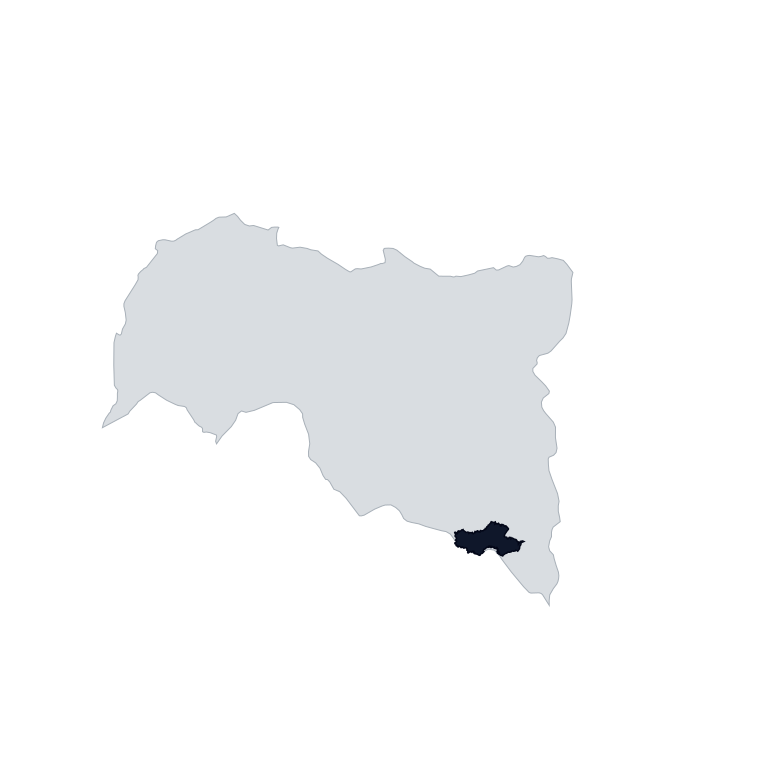 location of Zémio, Haut-Mbomou, Central African Republic, rotated 38°
{"feature_id": "33826404B4042011562142", "entity_name": "Zémio", "entity_type": "district", "adm_level": 2, "iso_a3": "CAF", "parent_name": "Central African Republic", "parent_adm1": "Haut-Mbomou", "projection": "natural_earth1", "projection_center": [25.196, 5.379], "detail": "fine", "context": "in_parent", "style": "filled", "palette": "ink", "viewbox_px": 768, "rotation_deg": 38, "n_neighbors": 0, "source": "geoboundaries", "source_scale": "gbopen_adm2", "svg_char_len": 9280}
<svg xmlns="http://www.w3.org/2000/svg" viewBox="0 0 768 768"><g transform="rotate(38 384 384)"><path d="M512.7,286.0L518.7,287.8L519.8,290.0L518.1,297.0L519.2,301.4L522.6,305.1L526.1,306.7L529.4,307.6L540.9,309.8L545.7,312.4L552.0,320.6L559.9,328.1L561.8,332.1L561.5,335.7L559.1,340.1L559.5,341.9L563.1,346.2L567.3,350.7L575.0,355.7L588.2,363.5L594.2,368.7L596.3,372.7L599.7,377.0L604.4,380.9L607.6,384.0L605.4,392.6L606.1,395.4L607.3,397.8L610.0,401.2L611.1,405.5L613.9,410.9L617.2,413.4L622.6,414.3L625.5,416.8L631.5,421.1L637.3,424.9L639.8,427.4L641.3,429.7L642.6,432.4L643.3,435.1L643.4,440.9L644.4,448.1L647.5,453.0L650.5,456.7L638.6,452.4L636.8,452.3L634.7,453.1L628.5,458.3L626.6,458.9L618.8,457.8L599.9,453.7L585.4,449.8L581.0,448.3L573.3,447.0L568.1,449.7L563.3,458.9L561.9,460.7L554.4,463.4L550.8,462.7L542.0,465.2L528.6,461.4L523.7,462.1L519.9,464.1L510.2,468.2L504.4,470.6L497.5,472.8L491.0,476.1L486.6,477.9L482.3,477.9L478.5,476.0L474.2,474.4L469.2,474.1L463.9,475.0L459.4,478.7L457.6,481.3L453.7,488.3L449.1,499.6L447.3,501.9L445.7,503.0L424.6,497.4L415.5,496.1L409.3,497.8L401.6,494.6L398.3,494.1L396.7,495.1L392.4,493.7L385.4,489.8L378.7,488.2L372.8,488.7L369.1,487.4L366.1,483.7L362.3,476.8L355.5,470.0L346.3,464.5L340.5,460.4L338.2,457.6L333.3,456.1L325.7,455.8L318.4,458.5L307.9,467.0L298.1,484.5L292.7,491.3L288.3,493.0L287.2,497.2L289.4,503.9L289.9,511.6L288.4,524.8L288.9,534.3L286.6,532.8L284.4,528.3L283.3,527.4L276.9,529.4L273.6,531.2L271.8,533.0L270.4,533.3L268.4,530.8L266.8,530.4L264.3,530.9L261.7,530.8L260.0,530.5L258.9,530.7L255.9,529.3L244.8,525.6L242.9,524.4L240.7,524.5L235.0,527.7L231.9,528.6L222.8,530.6L213.0,531.5L209.3,531.6L206.7,533.0L205.0,535.0L201.9,547.1L201.1,549.2L201.3,552.3L200.4,562.0L200.8,565.1L189.0,591.8L187.0,587.4L185.8,582.1L185.4,576.2L185.7,574.6L184.9,572.8L183.9,567.9L184.9,564.7L184.1,561.4L181.8,558.2L179.8,555.7L178.6,553.5L177.6,552.5L175.3,552.2L172.3,551.0L159.3,535.3L145.8,517.7L143.1,512.0L141.9,508.7L145.3,508.3L146.1,507.7L146.2,506.2L144.1,501.7L143.2,495.9L141.5,492.4L136.2,487.0L131.2,482.9L129.6,480.8L128.7,477.8L126.8,458.7L126.0,453.3L124.4,451.0L123.2,449.9L122.8,448.5L123.0,445.1L123.7,442.1L123.7,440.9L125.0,438.3L125.1,420.7L123.5,418.2L120.5,418.2L118.9,415.6L117.5,412.4L117.9,410.1L120.9,406.5L122.8,405.1L128.6,402.3L130.3,400.9L131.3,399.2L132.0,396.8L135.4,387.8L140.4,378.7L142.5,376.9L147.6,363.6L148.8,360.2L149.7,356.8L151.3,354.1L156.8,349.5L161.0,341.7L165.5,342.1L170.1,343.3L176.0,344.0L180.6,342.4L183.6,339.4L197.9,334.0L199.0,329.8L201.3,327.6L203.9,325.6L204.8,325.4L205.0,326.8L206.6,331.2L209.8,335.6L214.6,340.4L215.9,340.1L218.9,336.4L226.4,334.2L228.3,333.2L233.6,327.9L240.0,324.5L243.7,323.3L250.1,319.8L254.7,320.2L262.1,319.7L274.3,318.0L283.2,317.4L287.7,316.8L288.8,316.1L290.5,311.0L291.9,309.6L295.2,307.4L301.8,299.7L306.1,293.2L307.4,290.8L308.3,290.4L310.1,287.7L308.3,284.9L301.0,279.1L301.1,278.4L300.7,277.4L301.1,276.6L303.9,274.2L307.7,271.6L311.7,270.6L322.2,270.8L331.1,270.2L333.2,270.3L340.1,269.0L344.8,267.7L349.7,265.0L360.8,265.3L370.0,258.2L372.7,257.0L373.8,255.9L374.2,254.8L378.5,252.0L383.3,246.2L387.2,241.0L388.2,237.3L398.7,224.9L402.3,225.1L404.1,223.6L408.3,215.3L409.5,213.8L413.8,212.3L415.9,209.9L417.7,206.2L417.7,201.7L416.9,198.0L416.9,196.3L417.9,194.7L419.6,193.0L427.5,188.6L429.5,186.4L430.7,184.5L432.9,184.1L435.3,184.3L436.9,183.1L438.6,181.0L444.1,178.3L449.2,176.2L454.5,177.1L464.2,179.8L467.0,185.8L468.4,187.8L480.3,201.8L482.6,205.2L488.5,215.4L492.1,222.2L496.3,232.1L496.7,237.5L496.1,242.1L495.3,255.1L494.2,258.8L488.9,265.9L488.7,269.0L489.8,271.6L491.4,272.7L492.3,274.0L491.7,280.1L493.6,282.5L497.6,284.1L507.5,285.2L512.7,286.0Z" fill="#d9dde1" stroke="#a8b0b8" stroke-width="1"/><path d="M592.3,433.4L592.3,431.8L592.2,430.4L590.9,428.3L590.8,426.5L589.8,424.6L591.2,422.0L589.9,422.3L588.3,424.1L588.5,427.5L586.9,425.7L585.8,426.1L585.0,425.5L583.8,425.3L582.0,426.1L580.1,426.3L579.4,428.0L578.6,426.8L577.1,427.7L577.2,429.5L576.7,430.0L576.1,430.1L575.4,429.2L574.5,429.4L573.2,430.3L572.7,430.2L571.7,428.0L571.4,423.8L571.5,422.0L571.0,421.3L570.1,421.2L569.2,420.9L568.8,421.0L568.4,421.3L568.1,420.9L567.7,420.7L567.0,421.0L566.8,421.7L566.4,422.0L565.7,421.5L564.1,421.6L563.8,422.3L563.4,422.4L563.1,422.3L562.9,422.5L562.9,422.8L563.1,423.1L563.5,423.2L563.6,423.4L563.7,423.8L563.4,424.2L563.1,424.2L562.5,423.7L562.0,423.4L561.1,423.6L560.4,423.4L560.0,423.2L559.6,423.9L559.4,424.7L558.7,424.8L558.2,424.7L557.7,426.1L557.2,425.0L556.6,424.2L555.8,425.7L554.6,425.9L554.0,426.4L553.3,426.5L553.3,427.1L553.9,427.3L553.8,427.9L553.5,428.5L553.5,429.5L553.4,430.4L553.0,431.2L553.4,431.8L553.4,432.5L553.0,432.9L553.0,433.5L553.2,434.2L553.5,434.6L553.3,435.1L552.9,435.4L553.2,435.7L553.6,436.0L553.0,436.8L552.7,436.8L552.5,438.6L551.8,439.1L551.6,439.6L550.7,439.9L550.4,439.9L550.1,440.3L550.3,440.7L550.8,441.4L550.1,441.9L549.6,442.0L549.2,442.4L548.3,441.9L547.9,442.3L548.2,442.8L548.1,443.2L547.7,443.3L547.2,443.8L547.3,444.3L546.9,444.1L546.5,444.2L546.8,445.3L546.8,446.1L546.6,446.8L546.5,447.1L545.7,447.1L545.3,446.6L544.9,446.5L544.4,447.6L543.6,448.0L543.2,448.1L542.9,449.5L541.9,448.8L541.2,449.1L540.8,449.5L540.2,450.3L539.7,450.6L539.2,450.4L536.7,450.4L536.2,450.2L535.9,450.0L535.5,450.8L535.0,451.2L535.0,451.9L534.9,452.4L534.7,452.9L534.4,453.3L534.4,453.8L534.3,454.4L533.5,453.6L533.2,453.8L532.9,454.4L533.1,455.1L533.0,455.8L533.0,456.3L533.8,456.5L533.9,456.9L533.7,457.3L533.2,457.6L532.6,457.4L532.2,457.0L531.6,456.8L531.3,457.0L531.1,457.4L531.4,457.6L531.7,457.9L532.1,457.8L532.5,457.9L533.1,458.6L533.2,459.1L533.2,459.4L533.5,459.7L533.9,460.3L534.3,460.4L534.7,460.3L535.5,460.5L536.0,460.7L536.3,461.2L536.3,461.4L536.3,462.0L536.5,462.5L536.5,462.8L536.5,463.0L537.1,462.9L537.3,463.0L537.5,463.0L537.9,463.2L538.1,463.3L538.3,463.7L538.2,463.9L538.2,464.3L538.1,464.6L538.1,464.9L538.1,465.0L537.8,465.2L537.7,465.4L537.7,465.6L538.0,466.0L538.4,466.2L538.9,466.0L539.2,466.1L540.0,466.0L540.2,466.3L540.2,466.5L540.2,466.8L540.4,466.9L541.1,466.7L541.5,466.8L541.6,466.7L541.7,466.2L541.8,466.1L542.1,466.1L542.2,466.4L542.0,466.7L542.0,466.8L542.4,466.9L542.8,466.8L542.9,466.1L543.2,465.8L543.3,465.5L543.4,465.4L543.7,465.4L544.0,465.2L544.3,465.3L545.1,465.4L545.4,465.5L546.0,464.9L546.0,464.7L545.9,464.3L545.9,464.2L546.1,464.0L546.3,464.0L546.5,464.3L546.9,464.2L547.4,464.2L547.7,464.1L548.0,464.2L548.3,463.8L548.4,463.2L548.7,462.9L549.1,462.8L549.4,462.6L549.7,462.5L549.9,462.4L550.2,462.5L551.0,462.9L551.3,463.1L551.4,463.3L551.3,463.5L551.5,463.9L551.9,463.9L552.1,463.8L552.3,463.8L552.9,464.0L553.1,464.3L553.5,464.7L553.6,465.2L554.3,465.4L554.4,464.9L554.7,464.5L554.7,463.9L554.8,463.7L555.0,463.6L555.2,462.8L555.4,462.8L555.6,462.9L556.0,462.6L556.4,462.4L556.6,462.5L556.8,462.5L556.8,462.3L556.8,461.6L556.6,461.4L556.8,461.2L557.0,461.3L557.2,461.1L557.4,461.0L557.5,461.1L557.7,460.8L557.7,460.5L557.8,460.4L558.1,460.5L558.3,460.8L558.3,461.2L558.5,461.6L558.6,461.8L559.0,461.7L559.5,461.9L559.5,461.6L559.9,461.2L560.2,461.1L560.9,461.4L561.1,461.2L561.4,461.2L561.5,461.1L561.7,460.8L562.0,460.5L562.3,460.7L562.7,460.7L563.1,460.5L563.7,460.5L564.3,460.4L564.5,460.4L564.9,459.9L565.1,459.8L565.1,459.7L564.9,459.2L564.9,458.3L565.1,457.8L565.5,457.3L565.6,456.9L565.8,456.6L565.8,456.4L565.8,456.0L565.7,455.6L565.9,455.3L565.9,455.0L566.0,454.6L565.7,454.6L565.4,454.7L565.1,454.7L564.7,454.1L564.6,453.7L564.6,453.4L564.4,453.1L564.3,452.8L564.6,452.6L564.7,452.3L565.0,452.2L565.2,451.7L565.3,451.3L565.3,451.0L565.4,450.5L565.3,450.2L565.5,449.7L565.5,449.3L565.8,449.0L565.9,448.6L566.1,448.4L566.3,448.3L566.6,448.6L566.9,448.2L567.2,448.0L567.1,447.6L567.0,447.4L566.9,447.4L566.7,447.4L566.5,447.6L566.4,447.6L566.3,447.4L566.4,447.1L566.6,446.8L567.0,446.9L567.4,446.8L567.5,446.8L567.8,446.0L567.8,445.9L567.6,445.9L567.8,445.8L568.1,446.0L568.0,446.4L568.2,446.9L568.3,447.1L568.6,447.1L569.0,447.1L569.1,446.9L568.9,446.5L569.0,446.5L569.1,446.4L569.3,446.4L569.3,446.2L569.4,445.8L569.5,445.6L569.7,445.8L569.8,445.8L570.0,445.5L570.1,445.4L570.5,445.5L571.0,445.4L571.1,445.2L571.0,444.9L571.2,444.6L571.3,444.6L571.5,444.5L571.8,444.9L572.0,445.1L572.2,445.5L573.0,444.9L573.6,444.9L573.9,444.8L574.0,444.7L573.5,443.9L573.4,443.6L573.4,443.3L573.6,443.2L573.8,443.3L573.9,443.5L574.2,443.8L574.4,443.8L575.1,443.7L575.5,443.8L575.6,444.0L575.4,444.7L575.5,444.8L575.9,445.0L575.9,445.3L576.2,445.3L576.4,445.1L576.9,445.0L577.0,445.0L577.3,445.2L577.3,445.3L577.0,445.6L576.5,445.7L576.4,445.9L576.3,446.0L576.1,446.2L576.1,446.4L576.2,446.5L576.3,446.5L576.7,446.5L576.9,446.4L577.1,446.5L577.3,446.8L577.3,447.1L577.5,447.2L577.6,447.4L577.8,447.4L577.9,447.2L577.6,446.7L577.8,446.4L577.8,446.2L578.3,446.0L578.6,446.3L578.8,446.3L578.7,446.8L578.6,447.1L578.8,447.2L579.0,447.1L579.2,446.8L579.3,446.8L579.3,447.0L579.5,447.3L579.8,447.2L580.1,446.9L580.9,447.2L581.7,447.0L582.2,446.7L583.0,446.6L583.3,446.5L583.5,446.0L583.1,445.6L583.0,445.4L583.6,444.5L583.9,443.1L584.6,442.1L585.0,441.3L585.2,440.1L586.0,439.7L586.7,439.1L587.7,437.7L587.8,436.7L588.2,436.4L589.0,436.1L590.2,434.7L590.1,434.0L590.9,433.5L592.3,433.4Z" fill="#0f172a" stroke="#020617" stroke-width="1.5"/></g></svg>